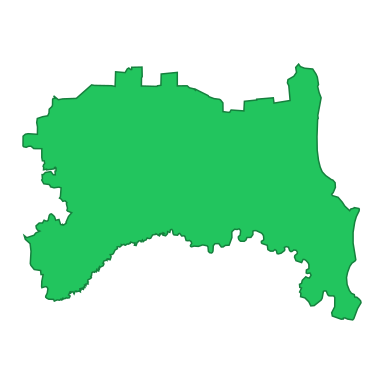 Tulangbawang, Lampung, Indonesia (orthographic projection)
{"feature_id": "22746128B49188423555547", "entity_name": "Tulangbawang", "entity_type": "district", "adm_level": 2, "iso_a3": "IDN", "parent_name": "Indonesia", "parent_adm1": "Lampung", "projection": "orthographic", "projection_center": [105.482, -4.399], "detail": "fine", "context": "isolated", "style": "filled", "palette": "green", "viewbox_px": 384, "rotation_deg": 0, "n_neighbors": 0, "source": "geoboundaries", "source_scale": "gbopen_adm2", "svg_char_len": 5873}
<svg xmlns="http://www.w3.org/2000/svg" viewBox="0 0 384 384"><path d="M314.2,305.6L321.2,300.0L322.2,298.1L323.4,291.4L324.8,290.8L326.3,291.2L327.7,294.7L328.9,295.8L333.8,295.9L334.8,297.5L334.7,306.8L331.7,312.7L332.3,316.0L341.2,319.2L343.3,319.0L343.3,318.2L345.0,317.9L347.6,319.1L352.7,319.9L353.8,318.7L357.6,308.5L361.0,302.8L360.7,301.0L359.1,299.1L356.8,297.2L354.8,297.1L354.3,294.6L351.4,293.3L349.4,290.5L347.1,284.5L346.5,277.5L347.6,272.3L349.8,266.3L351.9,263.2L355.1,260.9L355.8,259.8L353.1,243.1L353.1,232.3L354.7,222.2L356.3,216.7L359.1,211.0L359.3,209.1L358.9,208.5L354.2,207.6L353.9,208.2L350.8,209.0L349.7,210.7L344.8,206.1L342.3,202.2L338.1,197.3L332.4,195.6L331.7,194.2L333.2,192.6L335.4,187.4L335.1,182.7L332.9,180.1L331.2,179.5L325.7,175.6L322.2,171.8L320.2,167.1L318.5,160.3L317.2,150.2L317.0,136.6L317.6,119.5L318.2,118.4L317.8,115.5L321.1,97.8L319.1,92.6L317.6,86.3L318.5,84.6L317.3,77.1L316.0,74.1L312.7,69.0L304.5,68.2L300.4,66.6L298.6,64.1L295.7,67.4L296.5,72.4L293.8,76.3L288.0,79.6L287.4,82.9L288.8,85.7L290.1,100.5L274.0,103.1L273.3,97.8L256.7,99.2L256.8,100.0L244.4,101.3L243.9,110.9L231.1,110.0L229.7,112.3L228.0,112.3L223.0,111.6L222.9,102.9L220.6,100.0L219.4,99.3L214.0,98.6L208.9,96.7L208.1,95.6L195.2,89.1L195.2,90.0L193.7,88.8L189.4,87.8L187.2,85.8L177.3,85.9L177.3,72.4L161.2,74.0L160.9,85.3L157.4,85.8L157.1,86.4L141.4,86.0L141.5,78.0L142.2,76.6L142.0,67.1L131.7,67.3L131.7,69.5L130.9,69.7L128.8,68.0L127.3,68.9L125.1,72.6L115.6,71.8L115.1,86.4L111.5,85.7L94.3,85.4L91.6,84.9L76.3,98.4L62.8,98.9L58.3,99.7L53.6,95.8L55.3,98.2L53.1,98.5L52.6,99.5L52.5,105.0L52.0,106.5L49.2,109.2L49.0,113.0L47.7,115.8L42.6,116.7L37.3,118.5L36.7,122.6L37.5,126.9L37.4,134.3L28.1,133.7L25.4,134.2L23.1,136.2L23.0,145.9L23.6,146.7L26.2,147.3L28.5,146.3L31.0,146.2L33.8,148.6L41.8,148.7L41.8,157.5L42.4,160.8L44.2,160.8L44.7,163.5L43.6,164.7L43.1,166.4L43.7,167.4L43.5,169.8L46.6,169.2L46.7,169.9L53.8,168.9L54.8,168.6L54.5,167.5L55.5,167.3L56.1,168.2L56.0,170.9L55.0,171.2L55.3,174.8L53.3,174.8L50.8,171.6L45.3,172.5L43.3,174.6L42.1,174.6L42.4,179.0L41.7,180.0L43.8,183.8L49.1,184.5L50.2,185.7L50.5,186.8L54.0,187.8L59.0,187.1L61.1,187.9L60.4,196.8L59.5,198.1L61.2,199.1L62.8,201.3L65.1,200.8L66.9,202.6L66.4,203.8L67.5,208.1L66.9,210.3L67.6,211.1L71.7,212.7L68.5,216.5L66.0,222.2L66.4,222.9L64.5,224.4L63.4,225.0L62.9,224.6L62.9,225.0L60.6,224.5L59.0,219.5L55.7,220.3L54.6,216.9L53.6,215.7L51.5,213.9L50.3,214.1L49.3,215.3L48.1,220.4L47.4,221.0L45.8,221.0L44.1,220.2L42.5,223.0L39.2,223.0L36.0,225.9L36.4,228.3L37.7,230.2L39.8,231.1L35.6,233.1L34.1,235.2L26.8,237.7L24.2,235.6L25.3,239.3L30.1,243.6L31.0,251.3L30.3,263.6L30.9,265.4L34.2,269.5L40.6,270.5L41.0,274.6L43.1,274.6L41.8,281.3L41.6,286.6L41.9,287.7L45.1,286.7L46.4,286.7L47.3,287.6L47.9,288.8L47.2,293.2L45.7,296.2L45.7,297.2L46.8,298.2L48.7,299.2L53.6,299.4L54.3,301.1L57.1,299.9L59.8,300.2L60.8,299.2L61.6,300.0L62.7,299.5L62.2,298.9L62.7,298.2L64.3,298.7L65.6,298.4L66.2,297.7L67.1,298.1L69.3,297.8L70.1,296.0L68.5,294.9L69.1,293.8L70.4,293.3L69.6,292.4L69.9,291.9L70.7,291.7L70.8,292.4L72.9,291.7L74.1,293.9L75.2,291.2L76.3,291.1L76.6,291.7L79.1,291.1L80.3,291.8L80.1,290.4L80.8,290.4L81.0,289.7L79.9,289.7L79.8,288.8L82.3,288.1L82.5,289.1L83.4,289.4L83.6,287.9L84.8,287.6L84.1,286.9L84.8,286.5L84.6,285.1L86.0,285.6L85.9,284.1L88.1,283.9L87.6,282.8L88.3,282.0L87.6,281.4L88.0,279.8L90.8,278.4L91.4,277.3L90.7,276.5L91.5,275.8L91.9,272.6L93.2,271.9L94.5,272.3L95.0,271.4L96.2,271.9L96.7,269.6L97.4,270.4L98.1,270.0L98.1,270.9L98.7,271.0L99.0,269.5L98.4,268.4L99.0,267.9L99.5,268.6L99.9,267.3L99.3,267.4L99.5,266.6L100.2,267.2L103.2,265.7L103.9,264.0L103.1,263.3L103.6,263.2L103.4,262.0L104.1,260.8L106.0,260.4L106.4,259.8L107.0,260.3L107.1,259.0L107.5,258.8L108.7,258.8L108.6,259.5L110.1,259.8L111.1,256.8L110.2,254.6L111.8,254.6L113.3,253.7L115.1,250.0L117.4,248.7L117.1,246.9L118.5,246.6L119.8,247.0L121.5,245.6L121.4,244.6L122.1,245.0L124.0,244.3L124.5,245.0L125.5,245.2L127.1,244.0L128.8,244.1L129.5,243.3L130.2,243.3L130.6,242.1L134.6,243.3L135.3,242.3L134.4,245.2L136.1,245.5L137.3,242.2L138.3,241.8L139.0,240.8L140.3,240.8L141.1,241.8L142.4,240.0L143.1,241.7L144.7,240.3L146.0,240.0L147.2,238.0L149.3,238.6L150.7,238.2L152.6,234.9L155.7,234.4L156.0,233.7L159.4,235.9L160.3,234.4L159.1,234.8L159.7,233.8L161.4,233.4L162.5,234.6L163.0,232.7L164.2,233.3L163.7,233.6L163.6,235.3L165.6,235.8L167.5,233.7L167.6,231.6L169.8,232.4L170.5,229.7L171.8,229.4L172.6,230.6L173.1,233.8L174.0,234.9L177.6,235.2L178.6,233.7L179.7,233.4L181.7,236.0L184.0,235.8L184.9,236.4L186.1,240.5L188.1,240.8L189.2,240.4L191.0,241.4L191.7,243.3L190.4,245.5L190.6,246.4L191.6,246.8L194.1,246.1L198.4,246.4L202.7,244.9L207.1,245.8L208.0,246.9L208.4,251.4L209.7,252.7L211.5,253.0L212.4,252.4L213.0,251.0L213.3,245.6L215.0,243.7L218.8,243.6L221.3,247.0L223.2,246.9L225.3,245.4L229.1,245.2L231.9,237.6L231.8,232.4L232.2,231.4L234.6,229.2L237.1,229.5L239.1,228.8L240.4,230.2L240.6,231.3L240.1,235.2L238.4,236.6L238.3,237.9L238.9,239.6L240.4,241.2L244.2,241.3L245.9,240.1L247.0,237.5L250.9,237.4L252.9,234.6L252.9,231.2L253.8,230.7L256.1,230.6L261.6,233.1L262.7,234.4L263.5,235.8L263.8,239.2L263.4,240.1L261.4,241.3L261.4,242.8L262.0,243.5L267.3,245.3L267.9,249.6L270.3,251.1L273.2,251.1L274.9,249.6L276.3,250.5L277.1,253.6L278.3,253.9L281.1,253.2L284.5,250.6L284.8,249.6L284.4,247.4L286.2,246.6L288.5,247.2L289.6,250.6L290.8,251.6L291.8,251.5L293.8,250.0L296.1,250.3L297.2,251.7L297.3,253.5L294.9,255.5L294.5,257.1L296.0,260.7L301.6,262.6L303.1,259.4L304.2,259.4L305.8,260.3L308.0,262.7L308.9,264.6L308.9,268.6L306.4,270.0L306.2,272.9L307.2,273.5L310.0,273.0L311.1,275.2L309.4,278.0L307.7,277.8L305.8,276.8L302.3,280.3L301.5,283.4L299.5,284.3L299.8,287.4L301.5,288.0L299.6,292.0L300.9,293.2L300.6,296.7L304.9,297.9L308.8,301.8L310.8,305.9L314.2,305.6Z" fill="#22c55e" stroke="#15803d" stroke-width="1.5"/></svg>